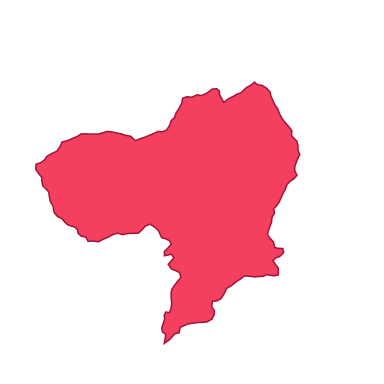 outline of Bias Fortes, Minas Gerais, Brazil, rotated 53°
{"feature_id": "56859067B19952858762068", "entity_name": "Bias Fortes", "entity_type": "district", "adm_level": 2, "iso_a3": "BRA", "parent_name": "Brazil", "parent_adm1": "Minas Gerais", "projection": "orthographic", "projection_center": [-43.766, -21.62], "detail": "fine", "context": "isolated", "style": "filled", "palette": "rose", "viewbox_px": 384, "rotation_deg": 53, "n_neighbors": 0, "source": "geoboundaries", "source_scale": "gbopen_adm2", "svg_char_len": 2693}
<svg xmlns="http://www.w3.org/2000/svg" viewBox="0 0 384 384"><g transform="rotate(53 192 192)"><path d="M141.9,75.9L142.1,80.8L141.4,85.6L141.7,89.4L142.3,93.5L141.0,96.6L140.5,101.2L139.4,107.7L139.7,112.7L135.3,112.1L130.9,111.4L127.9,109.5L124.4,110.1L121.9,114.0L122.0,120.0L120.8,126.2L117.4,129.5L116.2,135.1L112.8,138.8L111.5,143.0L115.3,147.4L117.9,153.0L119.5,157.6L122.0,161.2L122.5,165.9L125.1,169.3L127.1,174.7L126.2,179.3L123.3,182.4L122.4,186.4L121.5,190.3L120.4,194.5L119.5,198.0L118.2,201.4L116.9,206.3L110.6,207.4L106.7,211.0L103.3,213.2L99.8,216.4L95.3,220.3L92.5,223.4L91.1,227.2L89.4,231.9L86.2,236.1L83.6,239.6L81.1,242.4L78.9,245.7L78.5,250.7L77.4,254.6L76.7,258.2L75.5,261.8L73.8,265.7L76.2,269.8L78.1,275.1L76.8,281.1L76.2,286.5L77.6,290.5L77.5,295.5L75.9,299.8L80.0,303.2L85.3,303.4L89.6,303.1L92.8,305.3L97.2,307.4L101.9,306.8L105.9,306.4L109.8,308.7L114.3,310.9L119.6,311.4L123.0,313.4L126.1,314.5L130.7,314.1L135.2,311.8L139.1,311.8L143.0,311.1L146.1,309.3L149.3,306.8L153.1,306.1L156.6,307.8L160.7,307.0L164.2,303.9L168.8,304.7L171.8,300.3L175.4,296.8L176.3,291.4L177.7,285.7L178.4,280.6L180.2,276.2L184.3,273.0L186.4,268.5L188.5,265.3L190.5,262.6L192.6,259.5L192.0,253.8L191.2,249.7L192.4,244.9L197.0,243.1L202.4,242.0L206.5,242.9L210.3,243.7L213.5,241.2L217.4,239.3L221.1,239.8L222.2,244.9L222.9,249.9L226.3,252.4L227.9,249.1L229.2,246.0L233.7,246.1L234.5,250.0L235.5,254.5L241.2,254.7L244.9,252.4L249.0,250.4L253.6,252.4L254.8,258.0L256.4,263.2L257.8,267.0L260.8,270.1L264.4,272.6L268.7,275.1L272.6,279.1L274.7,282.6L272.1,285.1L273.8,288.4L276.9,290.2L279.7,294.1L282.6,298.2L286.1,299.9L289.9,298.6L292.6,301.3L296.2,305.3L296.4,299.5L295.8,295.7L294.9,290.9L296.7,287.1L293.0,283.0L293.9,278.9L294.9,274.7L297.6,269.8L300.0,265.5L303.0,261.2L304.8,258.2L305.5,252.6L303.4,248.3L300.5,245.6L295.3,245.3L291.6,241.3L293.9,237.8L294.6,233.2L292.7,227.7L289.9,222.6L290.5,215.7L290.3,209.9L290.7,205.3L290.5,200.7L293.9,196.8L297.6,193.0L300.0,189.0L302.3,185.8L303.0,182.0L305.6,179.7L308.4,176.8L310.2,173.0L304.8,168.9L299.7,168.9L295.6,168.7L295.1,164.6L296.3,160.7L295.6,155.3L291.7,153.5L289.1,156.8L286.3,159.3L280.9,157.0L275.5,157.6L271.4,157.3L268.7,154.1L265.9,149.5L263.9,146.6L260.3,143.3L258.6,138.9L254.4,136.7L253.9,132.4L252.5,128.5L250.3,124.4L248.2,120.8L246.2,116.2L243.2,111.6L242.5,107.4L242.8,102.8L241.9,98.1L236.9,97.2L233.7,94.7L230.8,90.5L228.7,87.0L226.9,83.3L223.0,82.5L218.1,79.1L214.2,77.6L210.4,78.3L206.7,78.5L203.1,75.4L198.1,75.4L192.7,75.8L188.1,75.9L183.1,75.2L177.1,73.5L172.0,73.3L167.5,72.3L163.3,71.4L159.1,69.5L154.3,69.9L149.1,71.8L145.6,75.2L141.9,75.9Z" fill="#f43f5e" stroke="#9f1239" stroke-width="1.5"/></g></svg>